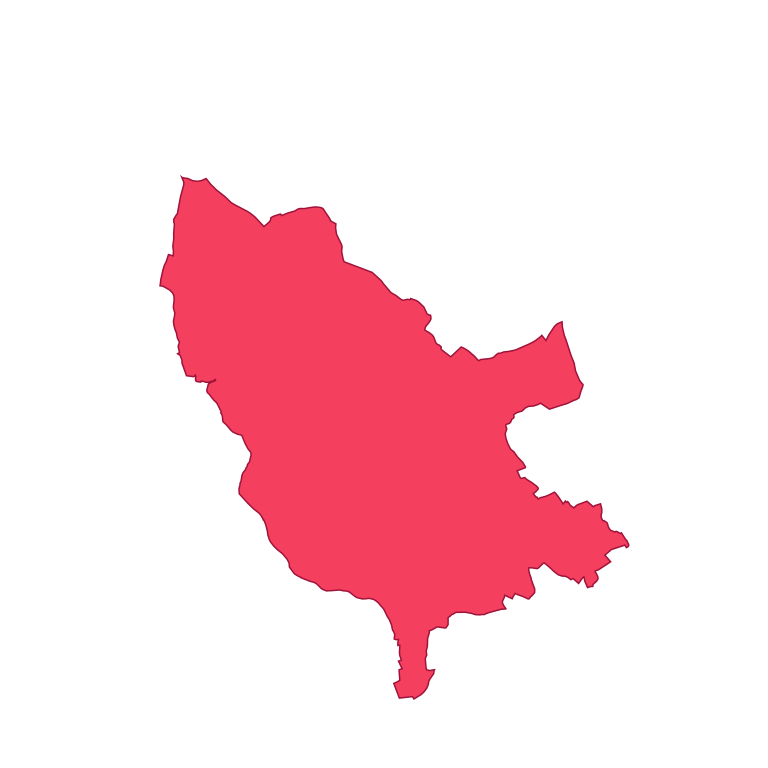 Ceanu Mare, Cluj, Romania, rotated 236°
{"feature_id": "2599482B18461977466611", "entity_name": "Ceanu Mare", "entity_type": "district", "adm_level": 2, "iso_a3": "ROU", "parent_name": "Romania", "parent_adm1": "Cluj", "projection": "robinson", "projection_center": [23.937, 46.642], "detail": "fine", "context": "isolated", "style": "filled", "palette": "rose", "viewbox_px": 768, "rotation_deg": 236, "n_neighbors": 0, "source": "geoboundaries", "source_scale": "gbopen_adm2", "svg_char_len": 6170}
<svg xmlns="http://www.w3.org/2000/svg" viewBox="0 0 768 768"><g transform="rotate(236 384 384)"><path d="M668.6,332.0L663.8,331.0L662.6,330.5L661.0,329.2L653.1,320.1L640.4,307.6L640.5,307.1L640.3,306.4L638.1,301.7L636.0,300.4L633.4,299.4L627.1,294.3L622.1,291.0L616.2,285.9L612.0,283.8L608.1,280.9L611.8,277.7L607.3,272.0L605.4,268.5L601.9,264.2L595.6,257.6L590.6,253.2L589.3,254.9L587.4,256.1L581.9,258.8L577.8,259.7L574.4,259.1L570.5,256.6L566.0,252.7L564.6,251.9L559.9,250.3L557.7,248.5L554.0,244.7L552.9,244.0L549.7,242.5L545.7,241.1L542.8,240.6L537.6,238.4L533.3,237.8L532.6,237.4L531.1,235.2L530.0,234.2L524.3,232.0L524.6,229.8L524.0,229.9L522.2,231.0L518.0,230.2L515.9,229.4L514.6,228.3L501.3,224.9L496.5,230.3L496.2,231.7L497.6,232.5L495.7,232.4L493.4,230.4L492.0,229.7L490.9,230.1L489.5,231.4L488.0,233.3L488.6,234.0L488.4,234.3L487.2,235.7L485.1,237.2L483.7,239.2L481.8,245.5L481.9,246.0L482.3,246.4L481.6,246.7L481.3,246.3L481.2,244.8L482.3,241.6L482.3,240.9L481.9,240.3L482.2,238.9L482.0,238.1L477.7,233.4L475.6,232.8L473.6,233.3L465.6,233.9L463.4,234.5L460.8,234.7L451.9,233.5L451.3,232.5L449.5,232.5L447.5,231.9L443.9,229.9L442.6,229.4L438.3,230.5L431.3,231.2L428.8,231.8L424.4,234.4L421.1,237.4L411.6,235.5L406.1,235.0L402.0,235.3L401.2,235.1L399.0,233.8L397.9,232.3L395.0,229.4L394.5,228.5L393.6,225.8L392.1,224.4L391.7,223.0L390.5,221.3L389.3,217.7L387.9,215.4L383.2,210.9L382.4,209.4L380.8,208.1L378.4,205.3L373.9,202.6L360.9,204.5L353.3,206.1L346.8,208.2L344.2,208.5L340.5,208.3L338.6,207.9L338.5,208.0L339.0,208.3L338.2,208.3L333.2,207.2L327.4,205.1L323.6,203.2L319.3,202.0L316.6,201.6L311.1,202.0L305.9,203.1L300.1,204.9L293.0,205.7L288.7,205.2L285.1,203.2L276.7,203.6L272.7,205.4L270.6,206.7L270.0,206.7L261.7,212.4L258.5,215.2L255.3,216.6L249.7,217.6L248.0,218.3L245.5,220.0L244.3,221.0L244.1,221.8L242.8,223.6L238.0,232.1L235.7,234.2L232.9,237.6L230.8,239.0L223.7,241.3L222.0,242.2L218.0,245.8L216.4,248.3L214.7,251.7L211.4,254.8L209.5,255.8L206.4,256.8L197.5,257.9L189.0,256.7L185.8,256.7L180.0,255.5L175.5,253.6L172.2,253.4L170.2,252.7L166.9,249.9L166.0,250.4L164.9,251.6L164.0,253.1L162.1,251.0L159.5,249.3L159.3,250.1L158.5,251.0L153.2,247.0L150.7,245.5L145.3,243.9L146.1,241.0L137.8,239.8L138.4,238.0L138.6,236.6L129.5,231.4L129.7,228.3L130.3,224.7L115.0,221.1L108.9,232.8L106.1,232.7L105.8,241.3L106.3,244.7L107.9,249.4L109.7,252.1L110.9,253.5L111.9,254.2L112.8,255.4L113.8,257.3L116.1,263.3L118.0,264.7L118.9,266.1L120.1,263.7L120.5,262.1L123.2,259.5L125.7,260.4L132.8,264.4L134.1,265.7L135.3,267.8L138.9,269.6L142.3,273.3L148.6,277.8L152.2,282.2L154.0,283.5L153.3,286.8L152.9,292.3L148.6,297.0L147.6,298.2L147.2,299.1L148.7,302.6L154.5,306.5L154.6,309.3L155.0,311.5L154.6,312.5L154.5,315.4L154.2,316.3L149.3,323.8L144.9,328.3L141.7,330.8L139.0,334.4L138.2,336.2L136.8,338.2L136.6,340.0L135.8,343.1L131.7,355.3L129.4,359.1L129.5,359.4L133.5,359.3L136.4,359.8L137.7,360.8L139.6,364.1L141.3,366.0L134.3,370.2L135.5,372.1L137.0,375.6L135.0,376.8L129.9,380.5L125.2,383.3L124.8,383.9L125.2,385.6L125.7,386.5L125.6,387.8L126.8,392.2L129.7,394.3L139.4,396.7L141.3,397.6L144.4,398.3L147.8,399.5L150.7,401.1L148.9,403.8L145.4,407.6L145.2,408.1L145.1,408.9L146.4,415.9L145.7,416.9L140.1,418.6L133.0,420.2L128.2,421.9L125.2,424.2L123.5,426.5L121.2,428.2L117.3,429.5L116.9,432.0L109.8,433.8L112.3,440.3L112.4,441.9L108.2,440.2L101.4,438.9L100.6,441.9L99.4,443.9L101.0,445.3L101.6,449.9L102.4,451.7L103.2,452.8L104.4,453.4L108.3,454.1L110.0,454.0L110.9,454.5L110.0,458.1L109.9,472.5L118.6,471.4L119.6,480.0L115.7,493.6L112.9,493.4L112.6,494.8L113.1,496.4L113.9,497.0L118.5,497.8L119.8,497.4L127.9,497.6L128.1,496.1L131.2,494.8L132.1,493.9L132.2,492.6L135.8,490.2L137.5,489.9L139.8,490.0L143.7,491.3L144.5,491.3L147.7,490.0L147.9,489.2L148.6,489.0L151.3,489.3L153.7,490.5L155.9,492.9L159.1,494.9L163.6,496.5L165.3,490.6L165.2,488.9L173.3,486.7L175.5,477.7L175.7,475.6L175.1,472.2L179.1,470.6L182.5,470.7L183.7,470.5L183.4,469.7L183.5,469.3L185.6,469.0L184.4,465.5L193.2,465.5L197.5,465.2L199.0,464.8L199.9,457.8L200.6,454.8L202.4,449.7L202.4,447.6L204.8,447.5L204.9,446.8L209.7,446.5L209.8,449.4L210.6,452.7L210.9,453.3L211.8,453.7L214.2,453.3L219.9,451.3L225.2,448.9L227.7,448.4L228.9,445.1L229.9,444.5L237.6,445.9L235.6,454.2L236.1,454.9L241.4,455.2L248.8,453.9L254.9,453.8L258.9,452.6L260.2,452.6L264.9,453.2L270.7,454.7L274.2,456.3L275.5,457.2L278.1,460.7L281.1,461.5L281.9,462.1L282.1,463.0L281.2,466.0L281.8,468.1L283.3,470.3L283.3,472.3L283.5,472.8L283.9,473.3L285.8,474.2L286.1,474.7L285.9,478.5L284.4,483.2L285.1,488.0L284.9,489.6L284.6,491.2L283.7,493.1L282.1,495.7L280.7,501.0L280.6,503.0L270.6,507.1L267.4,518.5L265.4,524.9L264.3,532.2L263.6,534.7L263.5,537.9L268.6,544.1L270.6,547.1L272.2,548.7L275.6,548.2L277.9,548.2L287.7,550.1L295.0,553.3L303.3,555.1L318.6,559.5L323.7,560.7L331.2,563.6L336.0,566.4L337.0,561.4L336.5,557.7L332.6,548.2L329.5,542.6L336.1,542.0L335.7,540.5L335.3,534.2L335.4,531.1L336.0,526.6L338.7,511.9L341.3,505.5L343.6,501.2L344.4,497.8L345.6,495.9L345.5,493.5L344.9,490.2L345.0,488.6L346.0,485.8L350.3,477.7L350.2,476.0L351.4,475.2L356.1,474.6L364.0,472.5L368.0,470.8L371.5,468.7L369.2,454.5L379.9,451.0L381.5,450.9L382.5,452.1L382.8,452.2L385.5,451.5L386.6,450.6L388.8,450.0L395.2,451.5L397.6,451.4L401.4,450.2L403.6,449.0L406.0,448.1L406.4,448.2L407.0,448.9L408.3,450.7L410.0,456.1L411.2,458.6L411.8,459.4L414.2,460.8L415.1,461.0L416.2,459.8L418.1,458.9L425.5,460.1L433.0,458.5L435.4,457.3L439.9,453.9L439.2,453.1L441.4,450.3L442.4,447.1L444.1,445.6L450.4,443.5L455.9,440.9L467.1,439.6L471.1,439.5L483.1,436.6L507.6,419.3L510.3,419.9L517.6,423.0L521.2,426.0L523.4,426.8L533.6,428.2L535.4,428.7L540.7,431.3L543.7,433.7L548.6,431.1L552.6,431.5L563.7,431.5L565.7,430.2L568.7,426.8L570.6,423.5L574.1,415.8L576.3,412.8L577.1,410.7L577.4,406.4L579.5,400.0L580.9,393.3L582.6,393.4L583.2,392.1L584.9,386.1L585.1,383.2L583.4,381.6L582.7,380.4L582.0,376.1L581.7,372.5L594.7,370.4L600.1,368.7L603.4,367.3L616.2,360.4L619.8,358.7L628.6,356.8L638.6,353.6L645.8,352.1L653.8,351.4L654.8,346.1L656.0,343.4L657.0,341.9L659.6,339.0L663.9,336.4L667.7,332.3L668.6,332.0Z" fill="#f43f5e" stroke="#9f1239" stroke-width="1.5"/></g></svg>